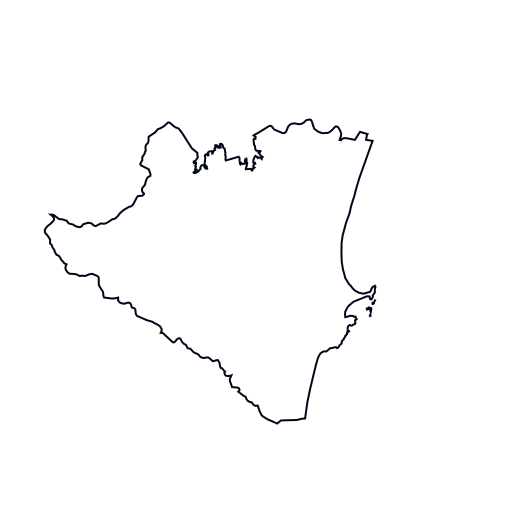 Nui Thanh, Quàng Nam, Vietnam, rotated 54°
{"feature_id": "81297802B34920687321908", "entity_name": "Nui Thanh", "entity_type": "district", "adm_level": 2, "iso_a3": "VNM", "parent_name": "Vietnam", "parent_adm1": "Quàng Nam", "projection": "robinson", "projection_center": [108.549, 15.447], "detail": "fine", "context": "isolated", "style": "outline", "palette": "ink", "viewbox_px": 512, "rotation_deg": 54, "n_neighbors": 0, "source": "geoboundaries", "source_scale": "gbopen_adm2", "svg_char_len": 6144}
<svg xmlns="http://www.w3.org/2000/svg" viewBox="0 0 512 512"><g transform="rotate(54 256 256)"><path d="M101.8,397.8L104.2,397.2L106.2,397.1L107.3,397.5L107.8,398.0L108.5,399.5L109.2,403.3L109.2,406.7L109.8,409.2L110.8,411.6L112.3,412.6L113.9,413.0L116.7,412.6L121.6,412.9L124.9,415.3L126.9,414.8L130.1,415.7L132.5,415.5L133.9,416.3L137.7,416.7L139.7,415.5L142.3,415.4L145.2,415.8L148.0,415.3L149.2,415.5L151.4,414.1L152.5,416.2L154.3,417.6L155.7,418.0L158.7,418.0L160.9,417.1L163.8,413.5L165.3,412.1L168.5,410.4L170.3,407.5L171.8,405.9L172.8,401.6L174.1,399.0L178.8,396.2L180.3,395.8L181.2,396.0L186.8,400.1L189.0,400.5L195.2,400.9L198.7,402.9L200.3,403.3L205.7,397.6L207.6,394.6L208.6,392.0L211.1,393.8L213.9,393.4L216.2,391.8L217.6,389.9L217.8,388.4L219.1,386.1L220.3,385.6L221.7,385.6L224.6,386.7L226.9,385.1L228.1,385.0L232.3,387.3L234.5,387.5L243.6,382.1L248.6,378.3L250.0,378.0L252.7,376.4L256.3,375.0L259.4,375.2L260.9,376.1L262.2,378.3L263.6,376.6L276.6,374.1L277.7,373.3L277.5,370.9L277.0,369.4L277.0,367.9L277.2,366.8L277.8,366.1L279.0,365.8L281.9,366.4L284.8,365.9L286.7,364.9L290.4,365.5L292.6,363.6L297.3,363.0L301.7,360.5L304.1,360.5L305.4,360.1L307.5,358.7L309.7,354.5L310.9,353.9L315.8,352.7L317.6,348.1L320.9,348.3L324.3,350.0L325.7,350.3L327.0,349.4L330.1,349.3L331.3,348.9L332.0,350.3L333.7,350.9L335.0,350.8L336.4,349.5L337.7,347.6L338.1,346.1L340.2,349.5L341.8,350.6L348.0,352.4L351.7,348.2L353.2,347.5L354.8,348.1L355.3,350.1L362.3,348.1L363.6,347.1L366.0,347.8L368.2,347.8L371.1,346.5L371.7,345.5L374.8,345.5L376.3,344.9L377.2,344.2L378.0,342.5L384.0,344.4L388.1,345.0L389.6,344.8L394.8,342.7L404.0,337.3L403.7,332.5L412.7,319.3L414.6,314.6L416.3,311.8L404.2,300.1L394.8,289.7L379.3,271.5L374.7,265.5L373.5,263.1L372.7,261.3L372.7,258.3L373.4,256.6L374.5,255.4L374.6,254.6L374.2,250.9L374.3,250.0L374.9,249.2L376.2,245.8L377.1,244.8L378.0,244.7L378.4,243.5L377.4,240.8L377.1,238.2L375.5,236.8L375.0,234.9L375.1,234.2L374.5,233.7L373.8,231.3L373.1,230.8L372.7,228.1L371.7,227.8L371.1,226.8L371.1,226.3L371.6,226.2L371.8,224.2L370.9,225.6L369.9,225.5L367.7,223.8L366.8,222.0L367.0,220.6L368.2,220.0L368.7,219.4L368.7,217.6L369.1,216.2L369.0,215.3L366.3,213.7L366.0,212.9L366.4,212.3L366.3,211.7L363.4,211.2L362.8,212.5L361.6,212.7L360.0,214.5L358.0,219.7L355.9,218.6L353.5,216.5L351.4,212.4L350.7,209.7L350.3,204.0L353.8,189.9L355.4,188.0L358.0,189.0L358.9,188.1L357.9,185.7L356.5,184.6L355.5,181.5L352.8,179.4L351.1,177.4L349.9,177.3L349.9,179.0L349.6,179.9L350.5,182.0L351.9,184.1L352.0,184.8L350.0,190.5L349.1,191.8L346.1,194.4L342.1,196.3L339.3,196.8L335.4,196.9L333.8,197.3L326.6,196.8L318.1,193.6L311.0,190.0L302.9,184.5L295.8,179.1L290.3,173.8L282.2,163.8L276.4,155.2L271.0,149.1L265.7,141.8L259.5,134.2L253.7,126.6L231.4,94.0L226.7,98.7L223.4,95.2L222.9,94.1L216.7,98.9L220.2,107.7L213.5,113.9L212.0,116.4L212.0,118.5L212.3,119.2L211.3,120.2L208.9,116.8L207.3,115.3L205.2,114.5L202.2,114.0L200.2,113.9L198.9,114.3L197.9,115.7L198.8,120.1L199.0,123.7L198.6,125.5L195.9,129.8L193.9,131.4L191.8,132.7L187.1,134.1L180.2,131.8L178.0,131.6L177.3,132.2L176.0,134.6L175.7,136.1L176.2,139.3L175.6,142.1L174.6,143.8L171.3,146.9L170.2,148.9L169.7,150.9L170.0,153.5L173.1,158.6L173.3,160.3L173.0,161.3L172.2,162.2L164.5,166.9L160.2,167.1L159.1,167.9L158.6,169.0L157.7,181.1L157.0,187.0L159.5,186.3L160.9,187.7L160.0,188.5L160.4,189.7L164.9,192.2L166.4,192.2L169.5,193.9L171.1,193.8L173.6,190.7L174.0,190.8L174.2,191.6L173.2,192.7L173.6,193.2L178.1,193.1L179.8,192.4L179.9,193.3L180.9,194.4L179.1,194.8L177.9,195.8L177.8,197.0L176.4,196.8L176.1,197.2L174.7,197.6L174.7,198.3L176.6,201.4L178.8,203.3L179.8,203.3L180.1,202.1L181.0,202.4L180.6,203.6L181.2,204.8L182.1,205.7L183.6,205.2L183.9,207.9L184.7,208.7L184.5,209.1L183.9,209.1L182.9,208.3L179.8,213.2L178.3,211.7L177.7,210.4L176.9,210.1L176.2,208.9L175.1,208.2L173.8,208.8L172.9,207.1L171.5,206.6L171.3,207.4L172.2,208.9L173.2,209.6L174.4,209.9L174.8,210.3L173.6,213.0L172.1,213.2L172.8,214.7L172.1,214.8L169.1,213.2L167.1,211.8L165.5,211.7L161.0,224.3L160.1,224.1L157.7,222.0L156.0,221.5L154.8,220.2L150.7,218.3L149.0,218.7L146.5,217.8L145.7,217.8L144.4,218.6L144.3,219.4L147.3,220.6L147.6,221.0L146.0,223.0L145.2,221.9L143.2,222.7L142.4,223.8L142.9,224.4L144.3,224.3L144.6,226.4L146.1,226.7L146.0,228.5L147.6,230.9L147.4,231.2L146.1,229.9L145.5,229.8L144.1,232.2L143.9,233.2L144.3,234.4L145.9,234.6L146.6,235.4L146.2,236.0L144.4,236.5L144.4,238.0L145.0,238.6L146.7,239.3L151.3,243.5L152.5,243.6L154.7,243.3L156.6,244.2L155.6,245.4L151.9,245.2L150.9,245.9L150.8,247.6L151.5,248.8L152.8,249.5L153.6,252.7L153.6,254.7L152.9,256.9L152.1,257.5L151.6,257.3L151.5,253.3L151.1,253.3L150.7,254.3L150.2,254.5L148.5,252.1L147.3,252.2L146.7,250.9L145.5,249.7L144.9,249.8L144.5,251.6L143.2,251.2L142.9,250.9L143.4,249.5L143.3,248.7L141.9,245.0L141.5,244.6L140.4,244.5L138.1,242.8L131.2,244.6L113.3,243.5L108.1,243.6L107.1,243.8L104.3,245.7L97.3,247.5L96.7,248.0L96.3,248.8L96.9,254.3L96.5,258.1L95.7,261.0L96.7,264.9L96.4,272.7L100.0,275.6L101.1,277.2L101.4,279.5L102.8,281.4L106.0,283.3L106.6,284.8L108.1,286.5L108.2,287.5L109.5,290.3L111.5,291.5L113.5,295.6L115.2,295.7L122.9,291.8L127.8,293.3L129.1,294.3L128.7,297.1L129.0,298.4L130.5,300.9L133.1,303.9L134.2,308.0L135.0,309.1L136.9,310.1L138.5,310.2L139.7,309.9L140.2,310.5L140.4,312.5L138.1,316.4L138.4,317.6L141.5,323.9L142.3,326.0L142.4,327.3L142.2,328.6L141.6,329.6L141.0,336.2L141.4,340.7L142.6,344.9L142.9,348.1L141.8,351.0L141.7,355.1L141.3,358.5L140.2,360.5L138.5,362.3L137.6,368.0L136.1,369.3L133.6,369.7L132.5,370.2L130.3,372.5L128.8,377.0L129.6,380.3L128.9,381.9L127.9,382.9L125.4,384.7L123.2,385.4L120.1,388.0L119.0,388.4L116.2,388.4L112.6,391.1L110.2,393.7L104.0,395.5L102.9,396.4L101.8,397.8ZM366.0,194.5L365.7,193.7L363.9,195.0L363.7,197.4L364.6,197.6L364.6,196.2L366.7,195.2L367.2,195.2L368.2,196.0L368.6,195.8L366.6,193.9L366.2,194.6L366.0,194.5ZM363.4,189.9L363.7,188.6L363.1,188.0L362.3,189.0L362.9,189.8L363.4,189.9ZM371.6,199.1L371.7,198.5L370.6,197.9L371.3,199.1L371.6,199.1ZM362.2,186.1L361.7,185.1L361.7,185.9L362.2,186.4L362.8,186.4L362.2,186.1Z" fill="none" stroke="#020617" stroke-width="2"/></g></svg>